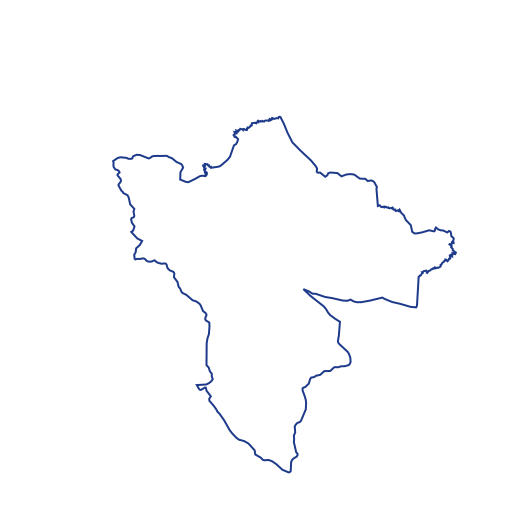 Nong Hin, Loei, Thailand (Natural Earth projection), rotated 312°
{"feature_id": "78962969B75467334486203", "entity_name": "Nong Hin", "entity_type": "district", "adm_level": 2, "iso_a3": "THA", "parent_name": "Thailand", "parent_adm1": "Loei", "projection": "natural_earth1", "projection_center": [101.862, 17.087], "detail": "fine", "context": "isolated", "style": "outline", "palette": "blue", "viewbox_px": 512, "rotation_deg": 312, "n_neighbors": 0, "source": "geoboundaries", "source_scale": "gbopen_adm2", "svg_char_len": 6147}
<svg xmlns="http://www.w3.org/2000/svg" viewBox="0 0 512 512"><g transform="rotate(312 256 256)"><path d="M375.6,181.2L375.0,180.1L374.3,179.9L373.2,180.4L372.1,178.9L370.3,178.0L369.7,176.4L369.0,176.6L369.0,175.7L367.8,176.1L367.4,175.4L367.1,176.1L366.7,176.1L366.3,175.9L366.5,175.5L365.5,175.2L365.8,174.7L364.9,174.9L364.8,174.3L362.9,172.3L361.8,171.8L361.4,172.0L360.6,171.1L360.6,170.3L359.8,170.2L359.2,169.7L359.3,169.1L358.3,168.7L358.0,167.0L357.4,167.0L356.6,168.1L355.5,166.9L354.7,167.3L354.0,165.8L351.9,164.1L350.3,165.4L349.3,164.7L348.9,165.2L346.3,164.8L346.1,163.9L344.7,163.9L343.9,164.9L343.4,164.9L342.5,163.4L342.5,162.6L342.0,161.6L341.6,161.4L341.0,161.8L341.1,161.0L340.0,159.8L339.9,159.2L338.3,159.4L337.9,158.8L337.2,158.7L336.9,159.4L336.5,159.4L336.7,158.8L336.3,157.9L336.0,158.9L335.5,158.9L335.7,157.7L334.8,157.9L334.6,158.5L334.0,157.5L333.9,158.2L333.4,158.0L333.3,158.8L332.7,158.2L331.8,158.8L331.1,158.6L331.2,159.1L330.2,160.1L330.3,160.7L330.9,160.5L331.1,161.2L330.9,164.5L328.1,165.8L325.9,166.3L323.4,165.6L312.5,170.2L308.5,170.5L299.8,169.4L297.6,168.6L291.5,163.6L292.2,162.8L291.2,161.9L291.3,160.8L291.8,160.4L291.3,160.0L291.3,158.9L291.7,158.5L290.4,156.7L290.2,157.3L289.4,157.5L288.2,156.1L287.5,156.5L287.5,157.3L287.9,158.1L286.8,158.4L286.4,159.1L287.2,160.0L286.1,160.5L285.9,159.6L285.5,159.6L285.1,160.2L285.3,161.0L284.1,161.8L283.3,163.5L283.5,163.8L284.5,163.3L285.1,162.3L285.0,163.8L283.9,164.7L282.5,165.1L282.0,164.5L281.4,164.8L279.7,162.3L277.8,160.9L272.6,159.2L265.5,156.3L264.0,153.9L262.1,148.5L267.7,143.8L272.9,142.7L274.2,140.1L274.2,138.6L272.7,134.0L272.4,127.9L271.3,125.4L270.8,122.8L262.1,113.3L260.6,112.2L258.1,111.7L256.7,111.0L253.5,102.4L251.5,99.7L248.3,98.1L247.4,98.0L246.0,98.7L245.0,98.5L242.9,96.2L242.2,94.0L238.7,89.2L236.2,87.6L230.9,86.3L230.1,87.7L227.7,89.6L226.8,91.0L226.2,93.7L227.3,95.5L227.3,97.5L226.8,98.7L224.2,98.5L223.3,99.1L222.6,103.9L221.6,105.3L220.4,105.8L217.2,106.0L216.5,106.5L214.5,112.0L214.5,113.8L214.0,115.3L215.2,119.8L214.2,122.4L210.2,127.9L209.6,134.0L206.9,135.4L204.7,138.4L203.7,139.1L202.7,139.1L201.0,138.2L199.6,138.7L197.7,141.5L196.7,145.9L192.7,147.7L190.4,147.2L189.6,156.0L191.0,161.3L186.4,162.3L181.5,161.8L178.0,164.2L175.5,164.6L172.7,167.7L172.8,168.7L174.4,169.6L175.8,171.4L178.9,173.9L179.5,175.4L179.2,177.9L179.7,179.5L181.4,181.7L184.9,183.5L185.0,186.5L185.8,188.7L187.3,191.3L189.6,193.3L189.9,194.0L189.8,195.2L188.0,198.0L187.6,199.7L187.7,201.7L188.9,205.1L188.8,206.2L188.1,207.2L185.3,209.3L184.2,215.0L181.4,219.0L181.0,221.5L179.4,224.9L179.4,226.4L180.5,230.2L180.7,238.5L182.3,242.1L182.7,245.7L182.4,247.6L179.6,253.6L179.9,256.4L179.5,258.1L178.7,258.9L176.2,259.7L175.0,260.7L174.6,261.9L175.3,265.8L172.5,268.6L166.4,273.3L162.4,275.0L158.2,277.7L141.8,292.2L141.4,295.6L139.5,298.8L138.9,301.9L136.7,304.0L135.6,306.2L133.6,306.6L130.8,306.3L128.1,305.4L127.1,304.9L120.5,298.4L119.2,302.2L119.0,303.5L119.4,304.4L120.2,304.9L123.9,306.0L124.6,306.8L122.8,309.3L121.5,316.3L118.5,316.8L117.2,318.3L116.5,324.2L115.4,329.3L114.5,331.5L114.3,334.8L112.5,342.5L108.9,353.2L108.2,357.3L107.8,363.1L108.1,366.3L110.5,370.9L111.6,375.9L110.7,385.0L108.0,388.3L109.4,394.8L109.0,396.9L109.7,398.8L112.9,401.9L114.3,405.6L114.9,410.6L114.8,418.6L117.0,425.0L117.9,425.7L119.4,425.7L126.4,420.0L128.6,419.3L130.6,419.3L134.2,420.5L136.1,420.0L136.8,419.2L137.1,417.1L143.0,408.7L145.2,407.1L147.9,404.3L151.1,403.2L155.2,398.9L157.0,398.4L159.6,398.4L161.7,399.6L163.7,399.7L175.4,395.6L180.3,391.6L182.6,389.0L184.9,385.1L187.1,380.8L188.7,379.2L189.8,379.3L191.7,380.3L196.5,380.6L200.8,378.6L202.5,378.3L204.9,380.2L207.3,380.8L210.6,383.2L216.2,383.8L220.2,388.1L225.2,388.5L226.2,389.0L228.5,391.7L230.7,392.8L233.5,395.7L237.0,397.9L238.0,398.0L240.4,397.3L243.5,394.2L245.2,391.1L246.1,388.5L246.3,376.8L246.7,374.9L247.7,373.7L252.2,370.9L263.3,362.4L262.3,356.9L261.7,350.4L262.2,347.4L263.4,343.5L263.9,340.0L262.8,322.9L263.1,313.4L265.2,319.3L265.8,323.2L267.9,325.7L271.8,334.8L275.5,340.5L281.1,350.5L283.9,353.9L286.9,355.5L287.4,358.3L288.2,360.2L289.4,362.2L292.2,365.2L299.2,370.6L309.6,377.7L310.2,380.4L312.9,387.9L316.9,395.1L321.7,405.0L325.0,409.4L327.0,408.7L349.4,390.8L350.4,391.2L351.0,390.8L352.1,391.4L354.2,391.0L354.9,391.2L355.1,390.3L355.6,390.7L357.1,390.8L359.1,392.4L359.0,393.0L357.8,394.1L357.9,394.5L360.6,394.4L361.4,395.0L363.8,395.3L364.6,396.1L365.5,395.9L366.1,396.8L366.4,396.3L367.3,396.5L367.5,398.0L368.6,398.5L368.9,399.2L371.1,400.1L372.1,400.0L373.0,399.1L373.7,399.5L375.7,399.0L377.1,399.5L378.5,399.2L379.5,399.9L380.1,399.1L380.5,399.5L380.5,400.8L380.2,401.7L381.4,401.9L383.2,401.3L383.6,401.9L384.3,401.9L386.1,399.6L386.7,399.9L386.2,400.5L386.5,401.3L387.5,400.7L387.4,401.7L388.1,401.1L389.3,401.1L389.6,400.5L390.0,401.4L390.3,400.7L390.6,400.8L391.1,401.5L391.2,402.6L392.3,402.2L392.0,400.4L392.2,399.3L391.8,398.5L392.9,397.5L393.1,395.2L394.3,394.9L394.1,392.0L394.5,392.0L395.4,393.5L397.3,392.5L397.8,393.0L397.4,393.7L397.8,394.2L398.5,393.4L398.2,392.8L398.4,392.3L399.2,392.4L401.3,391.3L401.6,389.8L401.4,388.0L403.8,385.1L404.2,384.1L403.8,382.7L401.5,382.4L400.1,377.8L398.9,376.5L397.7,373.7L397.6,370.7L395.9,371.0L394.4,372.0L393.4,371.8L391.0,367.5L384.8,363.7L380.4,360.4L378.9,358.8L378.5,355.9L382.5,350.4L383.0,343.4L384.3,340.2L385.1,339.0L385.2,335.3L386.5,331.6L386.1,331.6L385.6,332.4L385.0,332.6L384.8,332.3L385.0,331.0L383.1,330.0L383.0,329.4L383.7,328.5L382.8,327.7L382.5,326.9L383.3,326.1L383.3,325.1L382.3,325.1L382.2,324.4L380.8,323.3L380.4,322.4L380.7,321.8L379.7,321.1L379.5,319.7L379.0,319.4L378.8,318.5L378.4,318.2L377.8,318.5L377.7,317.6L376.2,316.4L376.4,313.9L374.7,313.1L386.7,300.4L388.1,299.8L389.9,294.8L390.0,293.2L389.3,291.1L386.5,288.9L386.5,285.6L383.0,281.4L382.3,275.0L381.8,273.8L379.9,271.2L377.0,268.6L372.4,266.2L372.1,261.0L367.7,255.3L365.8,254.3L363.6,255.0L361.2,254.4L360.9,247.8L359.4,246.4L359.1,245.5L359.5,244.5L361.9,242.8L362.7,240.5L363.8,232.9L364.1,217.8L364.8,207.0L368.7,196.9L372.9,188.3L375.6,181.2Z" fill="none" stroke="#1e3a8a" stroke-width="2"/></g></svg>